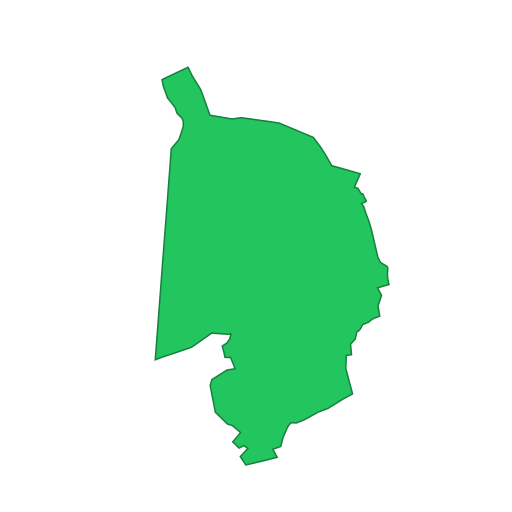 Baure, Katsina, Nigeria, rotated 255°
{"feature_id": "59680162B19484855656708", "entity_name": "Baure", "entity_type": "district", "adm_level": 2, "iso_a3": "NGA", "parent_name": "Nigeria", "parent_adm1": "Katsina", "projection": "natural_earth1", "projection_center": [8.765, 12.798], "detail": "fine", "context": "isolated", "style": "filled", "palette": "green", "viewbox_px": 512, "rotation_deg": 255, "n_neighbors": 0, "source": "geoboundaries", "source_scale": "gbopen_adm2", "svg_char_len": 1838}
<svg xmlns="http://www.w3.org/2000/svg" viewBox="0 0 512 512"><g transform="rotate(255 256 256)"><path d="M56.1,224.4L65.0,222.2L65.6,230.6L73.7,235.1L81.8,241.6L82.9,242.6L85.9,246.3L84.3,251.9L85.2,259.7L89.1,275.8L89.6,280.9L90.2,286.3L95.4,303.3L97.8,313.6L124.0,313.6L136.6,317.5L135.9,322.7L146.3,324.5L150.1,330.4L156.6,333.8L157.2,336.0L157.7,336.9L159.5,338.9L161.0,340.1L162.2,341.2L162.4,343.9L162.7,345.7L163.0,347.9L163.8,349.2L164.7,351.8L165.3,353.8L165.8,359.9L176.3,361.0L185.5,367.1L193.8,365.1L194.0,377.1L196.5,377.1L200.3,377.4L204.3,378.2L209.6,380.0L211.6,380.2L217.7,374.5L223.3,373.4L251.4,374.3L260.0,374.1L269.8,373.1L275.5,372.9L279.3,371.5L279.8,374.6L280.2,376.6L281.3,376.7L283.1,376.3L285.1,375.5L285.8,375.7L287.2,375.5L288.6,375.0L288.8,374.4L289.1,373.6L290.7,373.2L292.5,372.7L294.0,372.2L294.9,372.0L295.3,371.5L295.9,370.6L296.2,370.2L296.3,369.9L296.4,369.6L296.5,369.4L296.8,369.1L297.0,368.8L308.4,378.0L314.7,367.6L323.7,352.5L334.4,349.7L343.7,346.9L355.7,342.1L378.4,312.8L381.0,306.9L393.5,277.4L394.5,268.5L403.9,248.0L429.8,245.8L432.4,245.3L446.6,241.0L455.9,239.2L454.0,228.7L450.7,210.9L443.9,210.4L431.5,211.5L420.4,216.3L414.4,216.6L408.5,220.1L404.9,220.6L399.6,219.1L388.5,211.8L381.5,201.9L363.1,195.5L359.7,194.3L343.3,188.5L336.6,186.2L321.5,180.9L303.7,174.6L290.6,170.0L269.6,162.6L251.3,156.2L227.3,147.8L208.8,141.3L181.8,131.8L182.8,142.1L183.3,152.2L184.6,170.3L193.0,193.3L191.4,197.7L187.3,209.9L187.3,210.6L187.2,211.6L185.9,211.0L182.7,209.1L179.4,205.2L177.8,200.1L171.5,200.1L166.1,199.8L164.5,205.2L156.6,206.2L152.5,206.5L153.4,198.7L148.1,181.5L142.8,178.2L115.6,176.3L101.0,185.0L98.5,189.1L96.3,190.7L89.4,195.4L82.5,185.4L74.8,190.0L76.0,195.3L72.2,198.3L66.3,188.9L56.8,192.1L56.2,212.4L56.1,224.4Z" fill="#22c55e" stroke="#15803d" stroke-width="1.5"/></g></svg>